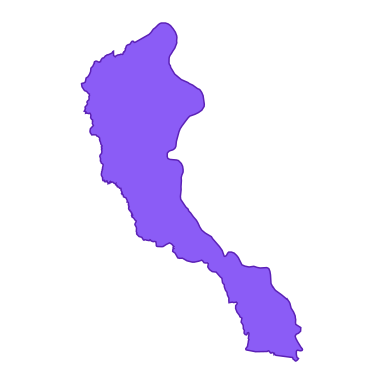 the district of Magangué, Bolívar, Colombia
{"feature_id": "7082276B80599061362425", "entity_name": "Magangué", "entity_type": "district", "adm_level": 2, "iso_a3": "COL", "parent_name": "Colombia", "parent_adm1": "Bolívar", "projection": "natural_earth1", "projection_center": [-74.76, 9.142], "detail": "fine", "context": "isolated", "style": "filled", "palette": "violet", "viewbox_px": 384, "rotation_deg": 0, "n_neighbors": 0, "source": "geoboundaries", "source_scale": "gbopen_adm2", "svg_char_len": 5942}
<svg xmlns="http://www.w3.org/2000/svg" viewBox="0 0 384 384"><path d="M298.5,358.5L297.1,357.5L296.7,356.3L296.3,354.0L296.4,351.2L296.9,350.5L297.7,350.2L300.1,350.8L301.7,350.6L302.1,350.4L302.5,349.7L302.2,348.7L300.8,347.0L297.5,341.6L295.8,338.3L295.2,336.2L295.3,335.7L296.3,334.2L298.5,333.2L300.6,331.2L300.8,327.6L295.8,324.4L295.5,322.6L295.7,319.7L295.3,317.6L295.2,316.0L293.6,312.1L291.1,308.1L289.9,303.3L289.0,301.6L287.0,298.8L286.7,299.1L281.8,295.0L275.6,290.5L274.6,289.4L272.9,286.8L272.7,286.9L271.0,283.5L270.5,274.9L269.9,271.3L268.9,268.8L267.8,268.0L266.6,267.6L260.1,268.0L257.1,267.4L253.8,266.3L249.1,267.0L244.8,266.1L241.9,264.8L238.3,257.6L236.7,255.5L234.2,253.1L231.5,252.1L228.7,252.1L227.7,253.1L226.5,255.3L225.6,256.1L224.9,256.4L224.2,256.2L222.2,250.5L219.4,246.5L212.6,238.7L211.4,236.7L205.3,233.1L201.8,230.2L199.8,227.1L197.9,222.9L196.4,220.3L193.3,216.7L190.3,212.5L189.9,212.3L188.6,210.7L188.1,209.1L185.8,207.0L180.7,199.3L180.4,196.5L181.1,189.9L181.0,186.6L181.4,180.6L181.2,177.6L181.8,175.2L183.0,172.4L183.1,171.5L183.1,169.5L182.6,166.3L181.3,163.5L178.5,160.6L176.6,160.0L169.9,159.4L167.9,158.5L167.2,156.5L167.3,153.1L168.5,151.7L169.5,150.9L172.7,149.9L173.9,149.2L175.2,147.9L175.9,146.2L176.4,141.3L179.0,131.7L180.2,128.7L182.0,125.9L186.1,120.4L188.2,117.7L189.8,116.1L194.9,114.3L198.4,112.6L201.8,110.2L204.1,106.5L204.3,104.2L203.1,95.7L201.7,92.4L200.1,90.0L199.4,89.4L197.5,88.6L192.7,85.1L189.4,83.6L187.9,82.5L181.3,79.6L174.7,74.1L170.6,67.3L170.4,65.8L169.3,64.2L169.0,62.9L169.1,58.5L169.3,57.1L170.2,55.1L171.2,53.8L172.8,51.1L174.8,48.1L176.8,42.9L176.6,40.9L176.9,37.6L176.7,35.8L175.4,32.3L173.2,28.9L170.5,25.6L168.1,23.9L165.4,23.0L161.5,23.0L160.2,23.4L158.5,24.5L155.3,27.7L153.3,29.2L150.9,32.6L149.1,34.4L135.0,42.4L134.2,42.4L133.8,41.7L133.1,41.2L132.2,41.2L131.4,42.0L130.1,44.0L129.2,44.5L128.2,44.6L126.8,45.5L126.3,46.1L125.8,47.9L125.2,48.8L125.4,49.2L125.3,50.0L124.5,51.5L123.8,51.8L123.8,52.5L123.2,52.8L123.0,53.9L122.6,54.4L120.7,54.2L120.1,54.6L117.7,55.0L116.9,55.5L116.3,55.6L115.2,56.8L113.6,55.5L113.5,51.2L112.8,51.6L112.0,53.0L108.6,54.6L107.0,54.9L106.0,55.7L105.5,55.8L103.7,57.9L102.4,58.1L101.1,59.8L100.5,61.6L99.9,61.6L99.5,62.2L98.7,62.1L96.8,61.2L95.9,61.1L94.6,61.7L94.2,62.3L94.3,63.5L93.9,63.8L92.8,66.2L90.9,68.2L90.6,71.5L89.5,74.3L87.9,76.8L86.1,78.0L85.3,82.0L83.4,83.2L82.2,83.2L81.5,83.7L82.0,86.8L84.2,90.2L84.7,90.7L86.6,91.4L88.4,93.5L89.4,94.1L89.3,94.6L89.5,95.7L88.9,96.5L89.1,98.4L88.9,99.8L87.5,101.0L86.9,102.1L87.4,103.2L87.4,104.3L85.0,107.1L85.5,108.4L85.0,109.1L85.2,109.7L84.2,111.2L85.7,111.7L85.6,112.1L86.0,112.3L85.7,113.3L86.8,113.1L88.7,113.6L89.7,113.2L90.1,113.3L90.9,115.3L90.6,117.7L91.5,119.2L92.6,120.0L92.4,121.1L92.7,121.3L92.3,123.4L93.4,125.5L90.4,128.7L90.0,130.9L90.0,131.6L90.3,132.0L90.2,132.6L91.9,135.0L93.3,134.6L93.9,134.9L95.0,134.7L96.3,135.1L96.8,136.0L98.0,136.4L99.5,137.8L99.7,139.1L99.5,139.7L99.8,140.1L99.8,140.9L100.3,141.5L101.0,144.4L102.1,145.9L101.8,146.5L101.4,146.7L101.5,147.5L101.6,147.4L102.0,148.2L101.6,148.5L101.8,149.4L101.5,149.6L101.9,151.0L101.6,153.3L100.1,155.1L99.8,156.3L100.5,158.5L100.4,161.0L100.9,161.6L101.2,162.9L102.8,164.1L103.2,164.9L102.5,167.9L102.6,169.0L102.2,169.3L102.4,169.8L101.6,171.9L101.7,172.5L101.3,174.0L101.4,175.3L102.7,177.9L102.5,178.8L102.9,180.5L104.3,180.4L104.4,181.5L105.0,181.8L105.9,181.8L106.1,181.6L106.2,181.8L106.2,181.3L106.6,181.4L106.6,181.0L107.2,181.1L107.3,182.0L107.8,182.9L108.1,182.8L108.6,183.2L108.5,183.5L109.2,183.1L109.2,182.7L109.8,182.0L109.8,182.4L110.4,182.1L110.4,182.5L110.8,182.0L111.3,182.2L111.3,181.9L113.0,182.2L114.0,183.2L114.6,183.3L115.1,183.8L115.5,184.0L115.8,183.7L115.7,184.8L116.5,185.0L116.7,185.8L117.2,185.8L117.5,186.9L118.4,187.0L119.4,187.8L119.5,188.2L120.8,188.4L120.6,188.8L121.2,189.5L121.0,190.3L121.9,191.9L122.0,192.4L121.8,192.7L122.1,193.0L121.7,193.5L122.2,193.6L122.1,194.5L122.9,194.6L123.3,195.5L123.5,196.8L126.0,197.9L127.3,200.7L127.1,201.8L127.4,201.7L127.7,202.2L128.3,202.4L128.5,203.9L128.3,204.7L128.7,205.2L128.5,205.9L129.1,206.9L128.7,207.4L128.6,208.5L129.0,209.7L129.7,210.0L129.7,210.7L130.9,211.5L131.1,212.5L131.6,213.0L131.6,213.5L132.0,213.5L131.8,214.5L132.0,214.9L132.5,214.8L132.6,215.5L131.7,215.7L132.1,216.4L131.9,216.8L133.7,218.1L135.3,220.4L136.2,220.9L136.2,221.5L135.1,223.6L134.9,224.7L136.2,227.0L136.5,228.1L136.3,231.6L136.9,233.0L136.6,233.8L136.8,234.2L139.0,236.5L141.8,237.3L143.3,239.8L144.0,240.2L144.6,239.8L145.7,239.8L146.7,240.2L149.2,240.6L150.0,239.7L150.4,239.9L151.1,240.9L153.2,241.7L154.1,241.4L155.8,241.7L156.2,243.6L156.3,245.7L156.6,246.2L157.5,246.5L162.0,246.7L163.2,246.5L166.2,244.5L169.5,242.9L171.6,244.0L173.9,246.5L173.1,247.1L173.1,248.1L173.8,248.6L173.2,248.9L172.9,249.3L172.7,251.4L175.1,253.1L177.8,257.9L179.5,258.3L182.5,258.2L187.0,260.8L192.2,262.1L194.4,262.1L198.7,261.2L201.7,260.2L202.8,261.0L204.0,262.7L205.4,263.0L207.4,262.9L208.3,263.7L207.8,266.7L207.9,267.2L209.5,269.6L212.2,271.6L216.1,272.1L220.4,277.0L221.9,278.3L222.5,282.6L223.4,283.9L224.2,284.5L224.3,286.8L225.5,290.2L227.0,292.3L227.4,295.0L228.9,298.2L228.8,300.0L229.0,302.7L232.4,302.1L233.7,302.6L236.4,302.1L237.3,303.2L236.9,304.1L235.7,305.6L235.6,308.5L237.0,312.1L239.4,315.3L240.0,316.9L241.9,318.1L241.1,322.1L242.3,323.8L243.2,325.5L243.3,328.7L244.4,330.5L244.1,332.2L244.2,333.4L245.3,334.6L246.5,334.9L247.0,334.5L247.4,332.9L248.4,332.6L248.9,333.2L248.9,334.5L248.3,338.5L248.9,339.4L248.4,340.8L248.2,342.6L247.6,345.3L247.6,346.2L245.8,348.6L245.8,349.3L246.2,349.9L255.5,351.7L267.1,351.5L268.4,350.8L269.3,351.3L269.4,351.8L270.4,352.5L270.5,353.0L271.2,353.1L272.2,352.5L273.2,352.8L273.7,353.5L274.0,354.5L274.3,354.1L274.3,354.6L275.0,354.5L275.9,355.3L292.6,357.5L293.1,359.1L294.3,359.9L295.4,361.0L296.4,360.8L297.7,359.7L298.5,358.5Z" fill="#8b5cf6" stroke="#5b21b6" stroke-width="1.5"/></svg>